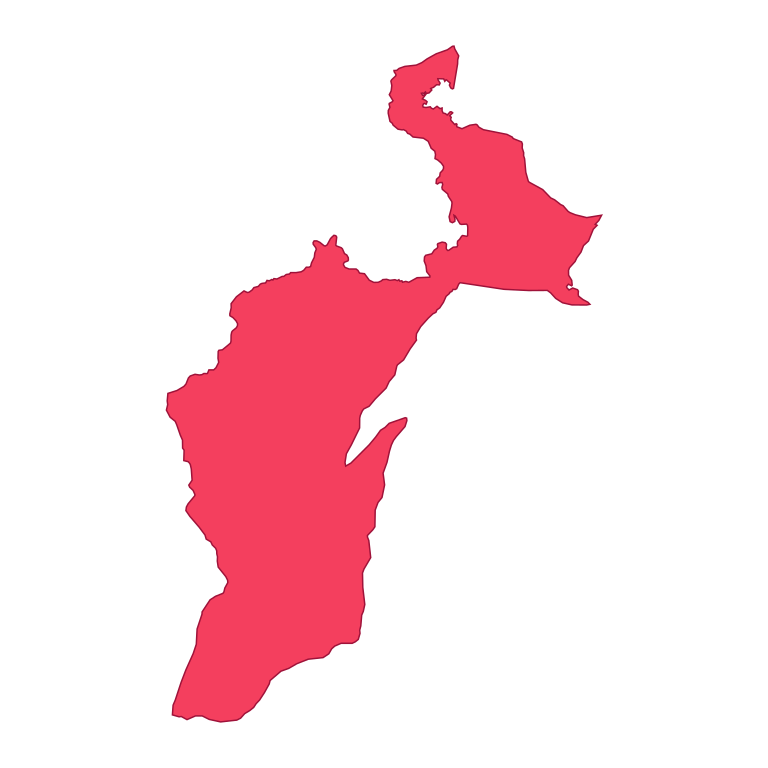 outline of Cristian, Sibiu, Romania
{"feature_id": "2599482B40816245945082", "entity_name": "Cristian", "entity_type": "district", "adm_level": 2, "iso_a3": "ROU", "parent_name": "Romania", "parent_adm1": "Sibiu", "projection": "mercator", "projection_center": [23.892, 45.655], "detail": "fine", "context": "isolated", "style": "filled", "palette": "rose", "viewbox_px": 768, "rotation_deg": 0, "n_neighbors": 0, "source": "geoboundaries", "source_scale": "gbopen_adm2", "svg_char_len": 6081}
<svg xmlns="http://www.w3.org/2000/svg" viewBox="0 0 768 768"><path d="M601.6,215.2L586.7,217.6L575.4,214.8L569.9,212.6L568.0,211.3L563.1,205.7L560.7,204.6L554.6,199.8L550.7,197.9L542.7,189.6L529.2,182.2L528.3,181.2L525.8,172.3L524.6,158.8L523.6,155.7L523.7,152.7L522.2,148.0L522.4,144.0L521.6,141.9L514.5,139.1L513.1,138.4L512.3,137.1L507.0,134.4L483.4,129.7L478.9,127.2L477.2,124.9L476.0,124.3L469.9,125.2L462.0,128.7L456.9,126.8L456.5,125.3L457.0,124.8L456.8,124.1L456.1,123.7L454.7,124.5L450.9,120.3L450.7,118.9L451.2,117.3L449.7,115.7L452.7,112.9L451.6,111.9L450.2,111.8L447.2,115.0L445.4,113.6L443.1,113.0L442.1,110.8L442.1,108.0L440.0,108.6L437.0,106.3L433.3,109.0L431.4,108.2L430.3,106.8L426.0,107.5L423.2,107.1L422.7,105.6L423.5,103.8L424.3,103.4L426.1,104.2L427.1,101.8L425.6,100.4L422.4,98.9L425.4,94.9L422.6,95.4L421.4,93.3L422.9,93.0L424.8,94.1L424.7,92.5L425.5,91.9L426.2,93.5L429.1,92.9L431.8,90.0L430.7,88.5L433.6,87.3L436.6,84.7L439.3,84.9L440.1,83.1L438.0,79.8L437.8,78.7L443.7,78.9L444.8,81.3L445.8,80.0L446.5,79.9L450.2,83.1L449.4,85.1L450.7,87.9L452.3,88.9L453.5,88.4L457.6,63.9L457.7,59.9L458.7,55.9L454.8,49.0L454.0,46.1L452.4,46.3L447.4,49.8L436.4,53.7L427.2,58.8L421.9,62.6L416.3,65.1L404.8,66.4L399.1,68.4L396.7,70.4L394.0,70.5L394.2,71.8L395.9,74.4L395.9,75.7L391.7,79.7L390.9,81.1L391.8,85.5L391.4,89.2L391.1,91.1L389.3,94.7L393.0,100.7L392.2,101.8L389.3,103.4L389.1,104.1L389.9,107.4L388.3,110.4L388.2,113.2L390.0,121.4L392.3,123.3L393.1,125.1L398.0,129.2L402.1,129.9L403.5,129.6L406.1,131.0L407.7,133.4L409.8,134.1L413.0,137.0L423.4,138.2L428.2,141.3L431.2,148.3L434.8,151.2L435.5,154.6L435.0,158.6L437.6,159.9L441.3,163.1L443.5,166.2L443.5,168.4L442.7,170.2L440.2,172.9L439.7,176.3L436.5,179.3L436.1,183.3L437.4,184.0L439.5,182.6L442.1,182.5L442.7,184.6L441.9,187.3L442.3,189.3L447.8,194.0L448.3,196.2L451.8,201.6L452.0,203.3L451.4,208.1L449.1,216.8L450.1,221.6L452.4,222.7L454.8,221.4L455.0,219.5L454.0,215.3L455.3,216.1L460.0,223.9L461.4,224.4L466.6,224.1L467.5,225.3L467.8,227.7L467.6,235.7L466.7,236.3L462.6,235.5L461.6,236.2L459.7,239.2L457.6,241.2L457.3,243.9L457.7,245.3L456.9,246.9L453.2,247.2L448.8,250.3L447.8,250.5L446.6,249.4L446.2,248.2L446.5,244.2L445.2,242.7L442.1,242.1L437.9,243.6L437.4,244.3L437.8,247.0L437.1,248.2L434.3,250.1L431.8,253.8L425.7,255.3L424.5,257.0L424.2,261.0L426.0,265.7L426.7,271.7L430.0,276.0L429.8,277.2L417.1,277.7L408.8,282.3L405.8,281.4L402.5,282.2L401.9,280.8L399.7,281.1L398.9,279.7L397.3,280.6L395.0,279.7L389.9,280.3L386.6,279.3L382.8,279.6L381.3,280.9L378.2,282.3L373.8,282.4L369.3,280.2L364.5,273.7L359.5,273.1L358.0,270.5L356.1,269.0L349.1,269.0L345.0,267.4L343.5,264.9L343.5,263.8L344.3,262.3L347.9,260.9L348.4,260.0L348.3,257.7L346.8,255.0L344.5,253.6L342.4,248.8L341.2,247.7L336.4,245.9L335.8,245.2L336.7,237.1L335.8,235.7L333.9,235.3L331.8,237.2L330.5,238.6L327.2,244.8L325.4,246.0L324.2,245.8L319.8,242.3L316.9,240.9L314.1,240.9L313.1,242.6L313.2,244.2L315.6,247.5L316.3,249.2L314.8,253.0L314.3,257.3L311.5,262.9L310.6,266.5L309.0,267.2L306.3,267.2L303.7,270.3L301.2,271.8L296.1,272.6L290.6,272.6L289.5,274.0L286.2,274.5L283.8,276.4L282.2,276.4L276.9,279.0L273.9,278.6L272.9,280.0L271.8,279.5L269.3,280.8L267.0,280.4L265.6,282.9L261.9,283.4L260.3,284.1L258.3,286.4L253.9,287.6L252.1,290.0L249.1,292.2L247.3,292.5L244.0,290.9L236.4,296.8L231.1,303.7L231.2,307.8L229.8,313.9L229.9,315.7L233.0,317.6L236.0,320.8L237.6,323.7L237.4,325.9L236.3,327.8L232.5,330.9L231.7,332.1L231.1,335.0L231.0,341.3L230.4,343.2L222.4,349.8L218.9,350.3L218.2,351.4L218.0,358.3L218.7,362.4L216.0,367.7L213.7,369.9L208.9,369.9L207.5,373.4L207.0,373.6L203.9,373.5L201.8,374.7L199.3,375.0L195.0,374.3L190.2,376.0L188.4,378.0L186.0,384.0L183.9,386.4L177.0,390.5L167.9,393.4L167.2,400.9L167.7,404.6L166.4,410.1L170.1,417.2L175.2,421.3L176.7,424.7L180.3,435.1L182.5,440.1L182.6,448.1L184.1,450.2L183.8,460.6L188.2,461.7L189.4,463.0L190.3,464.5L191.3,469.0L192.1,480.2L188.8,485.1L189.7,487.2L193.1,490.4L194.9,494.5L194.8,495.7L188.1,503.8L186.4,507.0L185.9,510.6L189.9,516.4L199.1,527.1L205.0,535.0L206.2,539.1L210.8,541.8L212.3,545.0L215.6,548.2L216.7,550.8L216.8,553.8L217.5,556.8L217.3,561.1L218.2,567.1L225.8,576.6L227.6,580.2L227.8,582.6L224.8,588.1L224.0,591.7L223.0,593.3L215.5,596.3L210.1,599.8L202.1,611.9L202.0,614.2L197.1,629.0L196.3,644.3L193.2,653.6L185.8,670.1L181.1,682.4L175.3,700.0L173.1,705.2L172.4,714.9L179.1,716.8L181.3,716.5L187.0,719.6L195.5,715.9L202.2,715.9L209.2,719.4L220.6,721.9L236.8,720.1L240.6,718.2L244.7,713.6L249.7,710.6L253.7,707.4L256.1,703.7L259.6,700.0L264.5,692.5L269.2,684.0L270.1,680.5L280.9,671.2L288.7,668.4L296.8,663.7L308.2,659.2L323.1,657.6L328.8,653.8L331.7,648.8L334.7,646.1L341.1,643.3L352.2,643.3L355.3,641.8L358.3,639.4L360.0,633.4L359.7,630.1L360.8,625.9L361.7,615.1L363.3,611.4L364.8,604.5L362.8,587.4L362.5,573.0L364.0,569.0L370.7,557.6L368.8,540.5L367.5,537.2L367.4,535.5L372.9,529.7L374.9,526.8L375.2,510.1L378.0,502.5L382.0,497.5L384.6,484.9L383.1,473.1L387.0,462.3L389.5,451.1L391.4,444.9L393.5,440.4L396.4,436.5L405.0,426.6L406.9,420.6L406.6,418.1L405.2,417.7L389.2,423.3L385.1,427.4L380.5,430.3L375.7,437.0L369.1,444.9L350.9,463.1L345.7,466.1L345.0,462.5L346.4,453.7L351.3,444.9L359.6,428.0L359.7,418.1L360.3,415.4L362.3,410.9L363.8,408.9L369.2,406.2L375.4,398.8L386.1,388.1L389.2,381.5L394.8,374.9L396.8,366.1L397.5,364.8L403.6,359.9L410.2,348.8L416.5,340.1L416.1,338.1L416.5,333.7L420.7,326.6L428.2,318.2L432.9,313.8L435.9,312.3L436.9,309.9L439.7,307.9L443.4,302.4L446.1,296.3L449.5,293.4L449.6,292.5L451.9,291.4L453.0,289.4L455.2,289.5L456.7,288.7L458.7,284.1L460.1,282.7L504.0,289.3L528.6,290.5L547.3,290.4L550.6,292.8L555.7,298.4L562.6,302.8L571.9,304.9L586.7,305.0L589.9,304.3L588.0,302.3L583.0,299.6L578.6,296.2L578.2,294.3L578.4,291.2L577.5,289.7L572.7,288.0L569.0,290.0L566.8,287.6L566.6,286.4L568.4,284.2L571.6,285.8L572.2,285.1L571.7,280.3L568.6,275.2L568.5,270.4L569.5,267.7L575.1,261.5L576.8,257.9L581.0,252.1L583.5,245.6L588.5,241.0L593.3,229.2L597.1,225.3L595.2,224.3L598.8,220.5L601.6,215.2Z" fill="#f43f5e" stroke="#9f1239" stroke-width="1.5"/></svg>